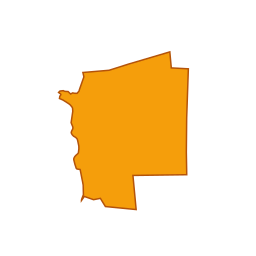 the district of Ste. Genevieve, Missouri, United States of America, rotated 224°
{"feature_id": "52423323B83513729343256", "entity_name": "Ste. Genevieve", "entity_type": "district", "adm_level": 2, "iso_a3": "USA", "parent_name": "United States of America", "parent_adm1": "Missouri", "projection": "equal_earth", "projection_center": [-90.094, 37.899], "detail": "fine", "context": "isolated", "style": "filled", "palette": "amber", "viewbox_px": 256, "rotation_deg": 224, "n_neighbors": 0, "source": "geoboundaries", "source_scale": "gbopen_adm2", "svg_char_len": 1045}
<svg xmlns="http://www.w3.org/2000/svg" viewBox="0 0 256 256"><g transform="rotate(224 128 128)"><path d="M111.1,43.5L111.9,48.4L103.0,52.5L99.0,58.2L89.7,55.8L65.5,75.0L91.5,97.3L89.9,98.9L53.3,135.2L69.2,151.1L92.7,175.9L125.7,212.5L138.6,201.3L150.8,211.8L172.0,174.4L181.7,156.4L199.0,136.6L195.5,134.3L195.0,133.6L189.6,121.8L189.0,120.9L188.9,120.4L188.7,117.6L190.5,115.9L192.2,114.8L192.9,112.6L196.4,112.6L199.0,110.4L200.5,109.9L202.5,107.5L202.7,106.9L202.6,105.3L200.2,105.7L199.6,105.5L199.3,105.0L199.1,103.5L197.8,101.6L194.3,102.9L187.6,104.3L185.5,104.5L182.5,104.1L181.6,103.7L179.3,101.6L172.6,92.3L168.8,90.6L167.9,90.0L167.3,89.3L166.9,88.4L166.7,87.5L166.2,86.2L165.7,85.3L165.1,84.9L163.5,84.4L161.5,84.3L159.0,84.9L157.0,84.8L155.5,84.0L150.8,80.8L148.9,78.9L146.4,75.6L146.3,74.4L146.5,72.0L146.4,70.4L145.9,68.6L145.1,67.6L141.3,65.2L137.4,63.1L136.5,63.0L136.0,63.2L133.6,64.9L124.4,58.5L123.8,58.1L120.6,55.8L113.8,49.1L111.8,44.5L111.2,43.6L111.1,43.5Z" fill="#f59e0b" stroke="#b45309" stroke-width="1.5"/></g></svg>